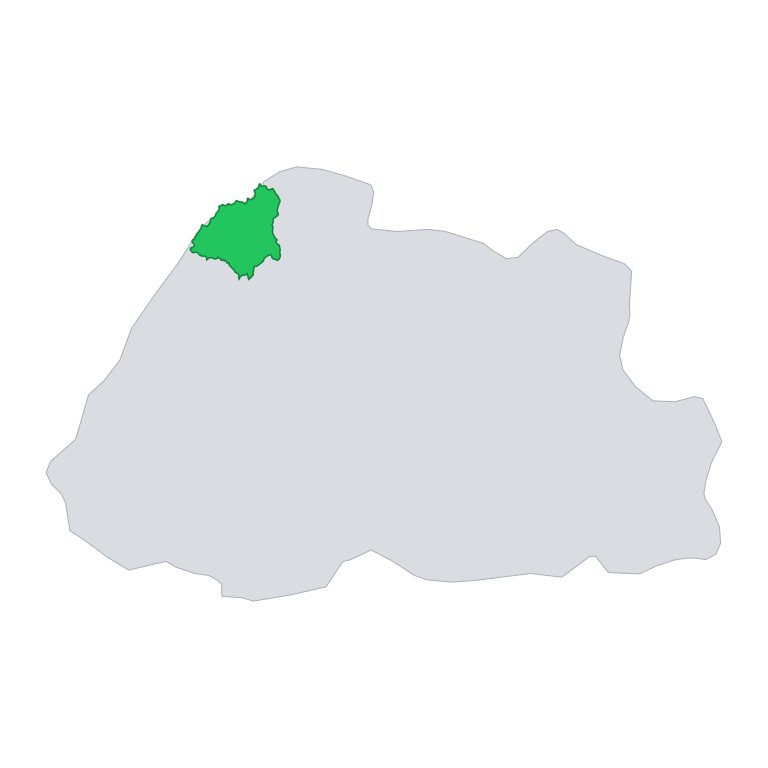 Laya, Gasa, Bhutan shown in context
{"feature_id": "84629894B6989657948479", "entity_name": "Laya", "entity_type": "district", "adm_level": 2, "iso_a3": "BTN", "parent_name": "Bhutan", "parent_adm1": "Gasa", "projection": "equal_earth", "projection_center": [89.7, 28.07], "detail": "fine", "context": "in_parent", "style": "filled", "palette": "green", "viewbox_px": 768, "rotation_deg": 0, "n_neighbors": 0, "source": "geoboundaries", "source_scale": "gbopen_adm2", "svg_char_len": 7312}
<svg xmlns="http://www.w3.org/2000/svg" viewBox="0 0 768 768"><path d="M629.9,315.2L628.8,321.3L623.2,337.6L619.6,355.2L622.8,369.7L635.7,387.0L652.9,400.8L674.8,401.8L694.9,396.5L702.9,398.7L714.0,421.8L721.9,441.8L711.5,462.4L705.9,480.5L703.9,493.3L705.2,498.9L711.8,509.3L719.5,527.1L720.6,543.4L715.9,554.2L705.6,559.6L694.5,558.0L685.4,558.2L673.9,560.1L656.1,566.1L639.5,573.9L608.3,572.5L595.7,556.4L589.9,556.3L561.6,577.2L530.7,573.5L474.4,580.5L450.9,582.1L426.7,579.8L414.5,575.4L391.7,560.7L371.1,550.0L350.2,559.8L342.8,561.6L326.0,586.8L289.6,595.1L253.3,601.1L242.6,597.8L222.1,596.3L221.4,590.4L222.0,584.7L217.3,580.2L209.0,575.5L194.7,573.5L176.4,567.3L165.9,561.3L128.7,570.1L107.0,556.9L82.4,538.7L70.0,530.8L65.5,502.6L61.1,493.6L51.5,484.1L46.1,472.9L50.5,461.4L75.0,440.0L77.0,434.9L88.5,395.0L104.2,380.5L119.8,360.3L131.6,328.3L154.2,295.5L179.1,261.8L196.2,234.4L207.5,221.7L230.9,208.0L250.4,199.9L263.9,181.6L280.2,171.5L296.9,166.9L321.8,169.3L345.2,175.9L370.8,184.9L373.8,192.3L371.7,205.3L368.0,218.5L367.9,225.3L371.8,229.0L396.9,231.5L427.7,229.4L444.9,231.3L483.4,243.4L494.7,252.0L506.5,258.6L517.9,257.4L532.4,243.4L547.7,231.4L557.2,229.5L564.0,233.3L576.3,244.7L601.7,255.5L624.3,263.6L631.7,271.2L629.4,304.2L629.9,315.2Z" fill="#d9dde1" stroke="#a8b0b8" stroke-width="1"/><path d="M248.9,279.4L249.3,278.9L250.0,278.3L250.2,278.0L250.6,278.0L250.7,277.8L251.4,276.9L251.9,276.5L252.6,275.4L253.0,275.1L253.3,274.8L253.3,274.5L253.1,272.8L253.1,271.9L253.5,271.3L253.6,270.7L253.6,269.3L253.7,268.8L253.7,268.2L254.1,267.8L254.3,267.1L254.2,266.7L254.3,266.4L254.8,266.0L255.0,266.0L255.5,266.2L255.9,266.3L256.8,266.3L257.0,266.2L258.3,265.0L259.0,264.7L259.6,264.2L260.5,263.5L260.6,263.2L260.9,263.1L262.2,262.3L263.2,261.1L263.3,260.7L263.6,260.3L263.8,259.3L264.3,258.5L264.7,258.0L264.8,257.8L265.2,257.6L265.4,257.3L265.8,257.1L266.8,256.3L267.0,256.0L267.3,255.9L267.6,255.4L268.1,255.6L268.6,255.2L269.2,255.1L269.7,254.8L270.1,254.8L271.0,254.9L271.2,255.3L271.4,255.9L271.6,256.4L271.8,256.9L271.9,257.4L272.2,257.8L272.6,258.1L273.0,258.7L273.5,259.0L274.4,258.8L276.4,260.1L277.2,260.3L278.0,260.1L278.7,259.7L278.9,259.1L279.4,258.5L279.8,257.8L280.1,256.9L280.3,255.4L280.4,254.8L280.2,254.2L279.8,253.3L279.8,252.4L279.8,251.4L280.1,250.4L280.2,249.7L279.8,248.2L279.6,246.4L279.4,245.8L279.2,245.0L278.3,244.7L277.8,244.2L277.2,244.0L276.6,243.3L275.9,242.1L275.9,241.5L276.3,240.9L276.9,240.4L277.1,240.0L276.7,239.2L276.0,238.8L274.9,237.9L274.8,237.4L273.5,234.9L272.6,232.9L272.6,230.5L272.7,228.6L272.9,227.7L272.9,227.4L272.8,226.6L272.4,226.1L272.1,225.5L272.1,224.9L272.4,224.0L272.9,222.9L273.2,222.1L273.1,221.5L273.2,219.7L273.4,219.1L273.8,218.3L275.6,217.1L276.4,216.3L277.2,215.9L277.8,215.5L278.0,215.2L278.3,213.5L278.2,213.2L277.3,211.9L277.1,211.0L277.1,210.2L278.2,206.3L278.5,205.5L278.7,204.7L278.8,203.8L279.8,202.1L280.0,201.7L280.0,200.9L279.9,200.8L279.7,199.4L279.0,198.5L278.2,197.6L278.3,196.9L278.1,196.2L277.8,195.9L277.6,195.5L276.3,194.4L275.9,194.1L274.9,192.2L274.8,191.6L274.5,190.8L273.6,190.0L273.0,188.9L272.6,188.6L272.1,188.8L271.2,189.3L268.3,189.8L268.0,189.7L267.6,189.4L266.7,188.1L266.2,186.7L265.0,185.9L263.8,185.8L263.6,185.8L263.0,186.1L262.5,186.2L262.0,186.6L261.8,186.6L261.4,186.3L261.1,186.0L260.9,185.5L260.0,183.9L259.4,184.1L259.2,184.3L259.0,185.5L258.5,186.9L258.3,187.5L257.5,188.1L257.0,188.8L256.3,189.0L256.0,189.3L255.8,189.6L255.6,189.7L255.5,189.8L254.9,189.8L254.4,190.0L254.2,190.1L254.1,190.3L254.2,190.6L254.3,190.8L254.4,191.3L254.9,192.2L255.2,192.8L255.2,193.0L255.4,193.2L255.4,193.9L255.2,194.3L255.2,194.5L255.2,195.2L255.2,196.3L254.8,196.7L254.5,196.8L253.8,198.2L253.3,198.6L253.0,198.5L252.6,198.7L252.3,198.9L252.1,199.2L251.6,199.7L250.9,199.6L249.8,199.7L249.6,199.6L248.3,198.4L248.0,198.3L247.4,198.6L247.3,199.4L247.4,200.6L247.1,201.5L245.9,203.3L245.5,203.6L245.2,203.7L244.2,203.7L243.4,203.1L243.3,202.8L242.1,202.1L241.4,201.9L240.5,201.9L239.7,201.7L239.1,201.7L238.6,201.6L238.0,201.2L237.3,201.0L236.9,200.7L236.4,200.6L235.6,201.7L235.2,202.0L234.8,202.8L234.5,203.3L233.3,203.9L232.2,204.2L231.9,204.8L231.5,204.9L231.0,204.9L230.7,204.7L229.9,204.6L229.5,204.5L228.8,203.7L228.4,203.7L228.2,203.9L227.7,204.0L227.2,204.5L227.0,205.0L226.2,205.3L225.8,205.8L225.1,205.8L224.8,205.7L224.3,205.4L224.0,205.3L223.4,204.8L223.0,204.7L222.1,204.9L221.1,205.4L220.3,206.1L219.9,206.2L219.6,206.1L219.2,206.2L218.9,206.3L219.0,207.1L219.3,208.6L218.9,209.6L218.6,210.3L218.3,210.7L217.9,211.4L217.7,211.9L217.1,212.2L216.5,213.1L216.1,213.4L215.9,213.9L215.6,215.3L214.9,216.4L214.5,216.6L213.9,217.6L213.5,218.0L213.3,218.1L212.6,217.9L212.4,217.9L211.9,218.1L210.9,218.8L210.5,219.2L210.3,219.8L210.4,220.7L210.5,221.4L210.5,221.9L210.4,222.3L209.7,222.7L209.2,223.6L209.0,224.0L208.4,225.0L208.2,225.3L207.4,226.0L207.2,226.3L206.9,226.6L206.6,226.5L205.9,226.1L205.6,226.0L204.1,225.7L203.2,225.3L202.8,224.9L202.3,224.6L202.1,224.7L201.1,227.1L201.0,227.4L201.2,227.8L201.2,228.2L201.1,228.6L200.2,229.6L200.0,230.0L199.5,230.2L199.2,230.5L199.0,231.3L198.8,231.8L198.5,232.0L197.9,232.7L197.5,233.5L197.1,233.6L196.9,233.6L196.7,233.8L196.8,234.4L196.5,235.2L196.2,235.6L195.9,235.9L195.0,237.2L195.0,237.6L195.1,237.9L194.9,238.5L194.4,239.0L192.7,240.0L192.3,240.2L192.1,240.6L192.1,241.8L192.3,242.1L192.7,242.6L193.0,243.1L193.3,243.4L193.6,243.7L193.9,244.1L194.3,244.5L194.4,245.1L194.1,246.2L193.6,246.8L192.5,247.2L191.9,247.7L191.6,247.7L190.9,248.1L190.5,248.0L190.4,248.2L190.4,248.4L190.3,249.4L190.4,250.0L190.5,250.3L191.1,250.9L191.6,251.3L192.1,252.1L192.1,252.4L193.1,252.6L193.3,252.7L194.7,252.5L195.4,252.2L195.5,252.1L196.3,252.1L197.0,252.3L198.3,253.7L199.4,254.8L199.8,255.1L200.0,255.0L200.6,255.5L200.9,255.5L201.1,255.8L201.7,256.0L202.4,256.0L202.7,256.2L203.1,256.3L204.0,256.2L204.5,256.1L204.9,256.1L205.1,256.2L205.4,256.2L205.7,256.3L205.9,256.8L206.1,257.0L206.3,257.4L206.5,257.5L206.5,258.0L206.7,258.6L206.7,259.6L206.8,259.9L207.8,259.2L207.9,258.8L208.0,258.5L208.1,258.2L208.6,257.9L209.2,257.9L209.6,257.6L210.3,257.7L210.7,257.7L211.3,257.8L211.6,257.9L212.1,257.9L212.8,258.0L213.9,258.7L214.7,259.0L215.5,258.9L216.8,258.5L217.1,258.2L217.7,257.3L217.9,257.1L218.6,257.5L218.8,258.0L219.1,258.4L219.7,258.5L219.9,258.5L220.3,258.7L220.6,258.8L220.9,260.0L221.6,260.4L221.9,260.4L222.6,259.7L223.2,259.7L223.5,260.1L223.8,260.6L224.1,260.8L224.6,260.9L225.2,260.3L225.4,260.6L225.8,260.9L226.1,261.2L227.0,263.1L228.8,262.9L229.2,264.2L229.1,265.2L229.5,265.6L230.1,265.7L230.4,266.0L230.6,266.3L230.7,266.6L230.8,266.8L231.0,267.1L231.5,267.4L232.0,268.0L232.1,268.3L232.7,268.7L233.0,269.1L233.5,269.1L233.9,269.8L234.1,270.4L234.4,270.9L234.6,271.3L235.1,271.8L235.3,272.3L235.9,272.6L236.5,273.0L236.9,273.0L237.8,273.4L238.1,274.1L238.6,274.7L238.7,275.2L238.8,276.0L238.9,276.3L238.8,278.2L238.8,278.4L239.1,279.1L239.6,278.2L239.7,277.7L240.0,277.1L240.8,276.4L241.5,275.9L241.6,275.7L242.3,275.2L242.5,275.1L243.0,275.0L243.3,275.0L243.6,275.2L243.9,275.3L244.3,275.3L244.8,275.1L245.2,274.7L246.1,274.3L246.9,273.5L247.3,274.2L247.3,274.4L247.2,274.7L247.7,275.3L247.8,276.2L248.2,277.0L248.2,277.6L248.4,278.1L248.4,278.4L248.6,278.6L248.9,279.4Z" fill="#22c55e" stroke="#15803d" stroke-width="1.5"/></svg>